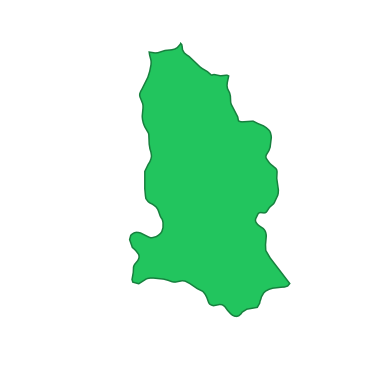 the Department of Moquegua, rotated 139°
{"feature_id": "PER-574", "entity_name": "Moquegua", "entity_type": "Department", "adm_level": 1, "iso_a3": "PER", "parent_name": "Peru", "parent_adm1": "", "projection": "orthographic", "projection_center": [-70.819, -16.889], "detail": "fine", "context": "isolated", "style": "filled", "palette": "green", "viewbox_px": 384, "rotation_deg": 139, "n_neighbors": 0, "source": "natural_earth", "source_scale": "10m", "svg_char_len": 2748}
<svg xmlns="http://www.w3.org/2000/svg" viewBox="0 0 384 384"><g transform="rotate(139 192 192)"><path d="M132.5,325.7L128.6,321.1L126.4,319.5L119.5,316.5L114.3,312.8L111.3,311.2L108.4,310.6L103.7,311.2L103.1,311.6L103.0,310.1L103.9,308.4L105.9,305.5L106.6,302.0L106.1,299.1L105.3,296.2L103.9,281.2L103.3,278.5L101.4,272.7L100.7,267.7L100.1,267.0L99.2,266.8L98.1,266.0L94.3,261.0L89.3,257.5L88.9,257.1L88.2,255.5L93.5,251.5L95.8,249.3L97.4,246.7L98.6,242.1L100.1,239.2L103.9,234.4L104.5,233.3L105.0,231.9L108.2,218.8L108.9,217.5L109.7,216.3L110.2,215.1L109.3,213.3L108.1,212.0L99.4,205.4L97.4,200.5L94.7,195.1L93.8,191.9L93.4,188.7L93.4,187.2L93.8,185.5L95.2,182.8L96.4,181.1L103.6,174.6L106.8,172.8L111.5,171.3L112.8,170.5L113.7,169.3L114.1,167.5L114.5,163.1L114.4,161.4L113.3,154.7L113.6,153.0L114.6,151.4L119.1,146.7L125.6,136.7L128.0,134.3L129.6,133.2L136.8,130.0L138.2,129.6L143.0,129.6L144.7,129.3L147.7,128.4L149.2,128.1L150.6,128.4L151.7,129.3L153.6,131.4L154.7,132.1L155.9,132.3L156.7,132.1L161.6,130.0L162.8,128.9L163.6,127.3L163.8,124.5L163.5,122.5L162.2,117.7L162.2,116.4L162.3,115.1L162.8,113.4L163.8,111.5L164.8,110.1L171.1,104.0L174.7,99.5L176.3,91.0L178.3,58.8L181.5,58.3L184.5,59.6L185.7,60.5L186.0,60.8L194.1,66.4L197.7,68.0L201.5,68.9L204.1,68.8L208.4,67.3L210.2,66.1L212.4,64.9L213.9,63.7L218.4,62.1L227.5,67.6L232.9,68.4L235.1,67.9L237.9,67.9L239.9,68.8L241.4,70.5L242.3,72.5L242.7,74.8L242.8,79.3L242.4,84.1L243.1,87.0L244.8,88.9L250.4,92.1L251.6,94.1L252.2,95.9L252.0,97.5L250.0,102.7L249.2,106.0L249.0,108.9L249.1,110.1L251.4,115.6L253.7,124.4L255.6,129.2L257.5,131.4L263.6,134.9L265.0,136.2L266.0,137.5L268.0,141.1L270.5,144.8L277.6,152.4L280.0,154.5L282.1,155.8L283.6,156.4L292.4,157.7L295.8,162.8L294.7,165.3L289.1,169.8L285.4,173.7L283.9,174.6L282.3,175.1L278.0,175.8L276.5,176.4L274.8,177.4L273.7,178.8L273.2,180.0L272.9,184.0L272.9,185.2L273.1,187.4L273.4,189.3L270.3,197.0L266.6,199.5L264.6,199.5L262.4,199.1L260.5,198.1L259.0,196.6L257.7,194.8L254.2,186.3L253.1,184.4L251.6,183.4L248.3,181.8L245.6,181.4L242.9,181.4L240.8,181.9L237.3,184.1L234.1,187.7L233.2,189.2L232.4,191.0L232.2,192.9L231.7,194.9L230.0,199.1L229.2,201.4L228.9,204.3L229.6,207.9L229.8,208.3L229.8,208.6L231.0,211.5L231.4,213.4L231.3,215.3L231.1,217.3L229.6,219.7L225.5,225.4L214.1,238.5L207.1,241.5L203.9,242.5L201.4,243.8L199.5,245.2L198.4,246.5L196.8,249.1L195.4,252.2L192.9,256.2L186.9,263.7L186.2,265.1L184.9,272.0L184.3,273.9L183.4,276.2L181.7,279.3L180.5,281.0L179.7,282.0L174.0,287.4L172.4,289.2L171.3,290.9L168.8,298.0L167.9,299.5L166.8,300.5L164.5,301.7L162.7,302.3L150.1,307.5L144.6,310.9L139.5,314.9L138.1,316.3L137.2,317.4L136.4,318.6L134.1,323.2L132.5,325.7L132.5,325.7Z" fill="#22c55e" stroke="#15803d" stroke-width="1.5"/></g></svg>